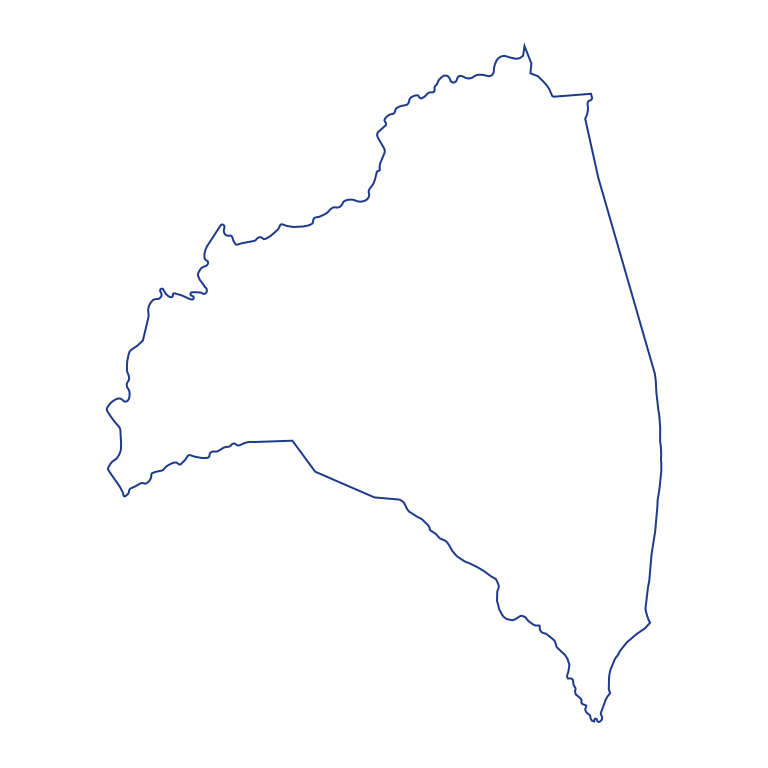 Sinuapa, Ocotepeque, Honduras
{"feature_id": "27666195B66978151973678", "entity_name": "Sinuapa", "entity_type": "district", "adm_level": 2, "iso_a3": "HND", "parent_name": "Honduras", "parent_adm1": "Ocotepeque", "projection": "natural_earth1", "projection_center": [-89.15, 14.455], "detail": "fine", "context": "isolated", "style": "outline", "palette": "blue", "viewbox_px": 768, "rotation_deg": 0, "n_neighbors": 0, "source": "geoboundaries", "source_scale": "gbopen_adm2", "svg_char_len": 6054}
<svg xmlns="http://www.w3.org/2000/svg" viewBox="0 0 768 768"><path d="M523.7,616.7L524.5,616.6L525.3,617.2L528.4,621.1L533.2,624.5L535.5,625.5L539.3,625.5L539.8,626.6L539.7,628.9L540.2,630.2L541.4,632.0L542.7,632.8L546.2,633.8L553.5,639.7L554.9,641.3L556.8,647.3L564.9,654.9L567.4,658.6L568.4,661.9L569.4,664.4L568.5,671.1L567.0,676.1L567.2,677.2L567.9,678.4L571.6,678.6L572.5,679.3L572.9,680.2L573.6,684.9L575.5,688.2L575.5,689.5L575.0,691.2L575.7,694.3L581.1,698.9L581.4,699.6L581.5,702.8L581.9,703.7L586.2,705.6L586.3,706.3L585.2,709.1L585.5,710.5L586.0,711.7L586.8,712.8L589.7,715.0L590.3,716.3L590.5,718.2L591.8,720.6L594.2,721.5L594.4,719.5L594.9,718.8L595.6,718.6L596.7,719.1L597.2,721.0L598.1,721.8L599.3,721.9L600.7,721.0L601.8,719.6L602.2,717.8L601.9,716.4L600.8,714.3L600.9,712.8L605.8,699.5L607.5,696.5L610.2,693.0L609.1,690.4L608.8,689.0L609.0,678.7L609.4,674.6L610.4,669.9L614.8,659.3L615.7,657.8L617.9,655.0L620.1,650.8L626.8,642.4L636.5,634.1L644.9,628.4L650.1,622.7L648.5,619.7L647.0,615.5L645.6,610.1L645.5,608.2L648.0,587.3L649.3,580.5L651.5,554.7L655.2,531.2L657.4,506.3L657.6,500.4L659.5,488.5L661.3,471.0L661.3,462.3L661.0,459.9L661.2,453.2L660.8,446.0L660.1,441.1L660.2,427.7L659.2,414.8L658.3,409.6L656.4,392.7L655.8,381.1L654.9,373.9L598.3,177.8L585.2,118.8L586.8,115.1L587.8,111.1L588.0,108.2L587.6,104.1L587.8,102.2L588.7,100.9L591.1,100.0L592.0,98.6L592.0,97.6L591.0,93.8L553.8,96.7L552.3,96.1L549.2,89.0L546.4,84.9L542.5,80.7L537.8,76.1L530.4,73.3L531.4,63.5L524.5,46.1L523.1,55.7L520.2,57.9L518.0,58.6L515.5,58.7L510.8,57.7L506.0,56.2L504.0,55.9L501.2,56.4L498.6,58.0L496.7,60.3L495.0,64.0L494.1,67.4L493.7,71.8L493.3,73.2L492.3,74.7L491.0,75.8L488.6,76.2L483.0,74.9L478.6,74.7L475.8,75.4L471.6,78.0L468.8,78.5L465.8,77.9L461.7,76.0L460.0,75.9L458.8,76.3L457.8,77.3L457.2,78.4L456.6,80.4L455.8,81.6L454.7,82.3L453.4,82.6L451.9,82.2L450.8,81.3L449.3,77.8L447.9,76.3L446.0,75.5L443.9,75.7L440.9,77.7L438.6,80.4L436.9,84.2L434.8,86.5L434.5,87.8L434.7,90.3L434.3,91.2L433.6,92.0L432.5,92.4L430.1,92.3L428.6,92.8L427.3,93.8L424.6,96.7L421.8,98.3L420.7,98.3L419.7,97.8L418.9,96.9L418.3,95.6L417.9,95.3L415.2,95.5L412.5,96.5L411.0,97.4L409.9,98.7L409.3,100.2L408.7,102.7L407.5,104.3L406.4,104.9L401.2,106.0L397.3,107.5L395.7,109.1L394.8,112.1L394.0,113.3L393.0,113.8L389.2,114.8L386.5,116.9L385.0,118.6L384.5,120.1L384.8,121.4L386.1,123.4L385.9,125.1L378.1,132.1L377.4,133.3L377.1,134.9L377.6,137.1L384.3,148.8L384.8,150.7L384.6,152.7L380.0,163.8L379.6,166.9L379.8,170.1L379.2,170.7L377.6,171.1L376.8,172.0L375.1,179.0L373.9,182.4L372.6,185.0L369.8,188.6L368.9,190.3L368.7,192.0L369.2,194.7L368.9,196.6L367.7,198.7L366.0,200.2L363.1,201.3L360.3,201.7L357.5,201.3L354.0,200.0L352.0,199.6L348.6,199.7L345.7,200.4L343.5,201.7L341.7,205.2L339.8,206.9L337.6,207.6L334.3,207.3L332.6,207.7L330.4,209.3L327.4,212.6L324.7,214.3L319.3,216.8L315.8,217.4L314.3,218.0L313.3,219.5L313.1,221.8L312.7,223.0L311.8,223.9L309.9,224.9L307.4,225.7L303.0,226.5L293.4,227.0L286.6,225.9L282.8,224.4L281.3,224.3L280.1,225.2L278.8,228.1L277.2,230.2L270.9,235.7L266.7,238.3L264.9,239.0L263.8,239.1L261.1,237.3L259.4,237.2L257.7,238.0L255.7,240.1L254.3,240.9L241.6,243.3L237.1,244.7L235.9,244.6L234.5,242.6L233.2,240.3L232.3,237.2L231.4,235.9L230.4,235.5L228.6,235.8L227.1,235.6L225.9,235.0L224.9,234.2L224.1,232.7L223.8,231.2L223.9,229.7L224.5,227.4L224.3,225.9L223.6,225.0L222.7,224.5L221.7,224.5L220.8,225.1L207.0,246.3L205.4,249.9L204.5,253.9L204.5,258.1L205.4,259.8L207.1,260.8L207.8,261.5L208.1,262.7L207.8,264.1L206.3,265.8L203.4,266.8L201.3,268.2L199.5,270.6L197.9,273.8L198.1,276.0L199.8,279.9L203.5,284.7L205.0,287.2L205.9,287.8L206.6,288.8L206.9,290.7L206.4,292.4L205.2,293.6L203.9,293.9L202.5,293.6L201.5,292.7L200.2,292.5L194.9,292.2L191.4,292.4L190.5,293.5L190.6,295.0L191.4,295.7L193.1,296.3L193.8,297.6L193.4,299.0L192.1,299.6L189.1,298.8L181.6,295.3L174.4,293.3L173.6,293.4L173.0,293.9L172.8,296.0L172.2,296.9L171.4,297.2L170.0,297.1L167.9,295.8L165.9,293.9L162.9,289.0L161.6,288.6L160.6,289.2L160.2,290.0L160.1,291.0L161.2,293.0L161.6,294.6L161.4,296.0L160.8,297.2L159.8,298.1L158.5,298.9L154.8,299.2L152.8,300.2L150.4,303.1L148.8,306.2L148.1,309.9L148.6,315.1L148.4,317.5L142.9,340.5L137.0,346.0L130.9,350.0L129.6,351.7L128.6,354.5L127.2,361.4L126.9,367.9L127.1,371.4L128.8,375.8L129.1,378.6L128.7,380.4L127.0,383.1L126.7,385.0L127.0,387.0L128.8,389.9L129.5,392.0L129.6,395.8L128.9,398.9L127.5,400.9L125.6,401.7L124.0,401.3L121.9,399.4L120.2,398.6L118.3,398.5L116.3,399.1L113.0,401.0L110.4,403.2L107.8,406.7L106.9,408.4L106.7,409.3L107.4,411.3L110.5,416.1L114.1,421.1L118.9,426.7L119.9,428.3L120.4,430.3L121.1,443.9L120.9,449.7L120.2,452.1L119.1,454.8L116.4,458.8L112.7,461.3L110.7,463.4L108.6,466.9L108.0,468.4L107.9,469.3L109.8,472.3L119.9,486.8L122.8,492.4L123.5,495.3L124.1,496.3L124.7,496.4L125.8,495.8L128.0,494.0L128.8,492.4L129.4,489.7L130.4,488.6L135.2,486.4L140.8,483.2L142.3,483.0L145.1,483.7L146.3,483.4L147.6,482.6L149.4,480.7L150.6,478.8L151.2,476.9L151.3,474.4L152.2,473.1L155.9,471.8L162.4,470.4L163.4,469.7L165.3,467.4L167.1,465.9L170.2,464.1L173.4,462.8L176.1,462.4L177.3,463.0L179.1,464.5L180.6,464.4L185.1,460.0L187.8,455.9L188.7,455.2L190.3,455.2L194.4,456.6L201.2,457.9L204.9,458.1L207.7,457.8L209.2,456.7L209.8,453.6L210.3,452.8L211.2,452.1L212.9,451.5L216.2,451.6L217.9,451.2L223.6,447.7L225.7,447.0L228.4,446.8L230.2,446.2L232.1,444.1L233.5,443.5L234.8,443.6L236.8,445.1L238.5,445.5L240.2,445.1L244.9,442.9L249.2,441.9L254.8,442.0L292.4,440.7L315.2,471.7L374.4,497.4L398.7,499.5L400.1,499.9L402.4,501.2L403.9,502.7L407.1,509.0L409.2,511.7L416.8,516.5L422.0,519.3L428.3,525.5L429.5,527.7L429.8,529.6L430.5,530.4L435.7,533.9L439.6,538.2L445.4,540.8L446.5,541.7L448.8,544.7L452.4,551.0L455.1,554.3L457.7,556.9L464.7,561.4L468.7,563.0L476.9,566.9L484.1,571.2L491.0,576.3L495.8,579.0L497.2,581.6L498.6,585.1L498.8,586.2L498.5,588.3L497.3,591.4L497.0,600.7L499.3,609.5L502.5,615.4L504.1,617.2L506.6,619.0L512.2,620.3L515.4,619.2L520.3,616.0L522.3,615.8L523.7,616.7Z" fill="none" stroke="#1e3a8a" stroke-width="2"/></svg>